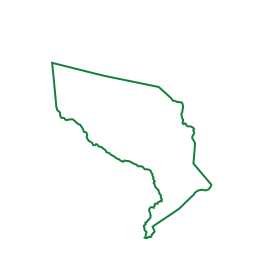 outline of Macururé, Bahia, Brazil, rotated 320°
{"feature_id": "56859067B85314842417377", "entity_name": "Macururé", "entity_type": "district", "adm_level": 2, "iso_a3": "BRA", "parent_name": "Brazil", "parent_adm1": "Bahia", "projection": "robinson", "projection_center": [-38.956, -9.263], "detail": "fine", "context": "isolated", "style": "outline", "palette": "green", "viewbox_px": 256, "rotation_deg": 320, "n_neighbors": 0, "source": "geoboundaries", "source_scale": "gbopen_adm2", "svg_char_len": 4157}
<svg xmlns="http://www.w3.org/2000/svg" viewBox="0 0 256 256"><g transform="rotate(320 128 128)"><path d="M155.4,224.9L155.4,222.8L155.3,197.3L162.0,190.5L165.7,186.8L169.6,182.7L169.9,181.6L170.1,180.7L170.3,179.4L170.4,178.5L170.5,177.8L170.8,176.9L171.4,176.2L172.2,175.7L173.1,175.3L173.7,175.1L174.6,174.9L175.7,174.1L176.1,173.3L176.2,172.5L176.5,171.7L177.2,171.4L177.9,171.4L178.1,170.5L178.0,169.5L177.5,168.1L176.9,167.1L176.2,166.2L175.6,165.8L174.8,165.0L174.5,164.1L174.6,162.8L174.9,161.9L174.7,161.1L173.8,161.0L173.0,160.6L172.7,160.0L173.2,159.1L173.9,158.5L174.6,158.0L175.3,157.6L175.6,156.7L175.8,155.6L176.0,154.8L176.5,153.9L177.2,152.7L177.7,151.8L178.4,151.1L179.2,151.0L180.1,150.5L180.8,149.7L181.3,149.2L182.1,148.7L182.8,148.0L183.6,147.3L184.4,146.5L184.8,145.5L185.3,144.2L185.6,143.2L185.2,142.5L184.5,142.0L184.0,141.1L183.3,140.5L182.6,140.1L182.2,139.1L181.6,137.8L180.9,136.8L180.0,136.1L179.9,134.8L180.1,133.9L180.2,133.0L177.9,116.3L174.3,111.9L173.4,110.6L172.2,109.2L147.3,77.8L146.7,77.0L142.6,71.8L141.9,70.8L136.3,63.2L112.9,30.9L111.8,29.3L103.8,41.0L89.5,61.7L86.4,66.2L86.3,67.0L85.9,67.8L85.3,68.7L85.3,69.5L85.7,70.3L85.8,71.3L85.7,72.8L85.3,73.4L84.7,74.0L84.1,74.9L83.6,76.0L83.4,77.1L84.0,77.8L84.7,78.4L85.5,79.4L85.5,80.4L85.4,81.3L85.8,82.2L86.6,82.8L87.6,83.3L88.7,83.8L89.7,84.6L90.8,85.3L91.3,86.0L91.5,87.3L91.9,88.7L91.8,89.8L91.9,90.8L92.2,91.5L92.4,92.7L92.8,93.8L93.3,94.6L93.3,95.8L93.2,96.8L93.1,97.6L93.1,98.6L92.7,100.1L92.4,100.8L92.2,101.6L91.8,102.7L92.2,103.4L92.9,103.9L93.1,104.9L92.7,106.2L92.4,106.9L91.8,107.5L90.8,108.2L90.1,108.9L90.0,110.0L89.9,111.3L89.7,112.0L89.8,113.1L90.3,114.3L90.7,115.4L90.9,116.7L90.6,117.8L90.4,118.8L90.9,119.5L91.6,119.9L92.9,119.8L93.8,120.6L93.7,121.9L93.7,122.8L93.9,123.5L94.5,124.5L95.0,125.1L95.5,125.7L95.6,126.7L95.8,127.6L96.0,128.9L96.3,129.6L96.4,130.7L96.3,131.7L96.0,132.6L96.4,133.4L96.8,134.0L97.2,134.7L97.6,135.6L97.6,136.5L97.6,137.4L98.4,139.1L98.8,140.0L99.0,140.7L99.2,141.9L99.5,142.7L99.7,143.6L100.1,144.9L100.9,145.7L101.0,146.9L101.2,147.6L101.4,148.4L101.8,149.2L102.3,149.8L102.4,150.7L103.3,150.7L104.4,150.7L104.9,151.4L105.6,152.2L106.6,153.2L107.1,153.7L107.7,154.4L108.1,155.6L108.4,156.5L109.1,157.5L109.4,159.1L110.0,160.0L110.6,161.0L111.1,161.9L111.0,163.0L111.5,164.1L112.2,164.9L113.0,165.1L113.5,166.0L113.9,166.6L114.4,167.3L114.2,168.3L114.3,169.1L114.3,169.9L114.6,170.8L115.4,171.2L116.3,172.1L116.9,172.9L117.2,173.8L117.8,174.8L117.8,175.8L117.4,176.6L117.0,177.5L117.2,178.6L116.6,179.6L116.1,180.2L115.9,181.2L115.7,182.3L115.0,182.8L114.5,183.4L114.4,184.6L114.2,185.4L114.1,186.3L113.4,186.5L112.7,186.4L112.1,187.0L112.2,188.1L111.8,188.9L111.6,189.7L111.1,190.5L111.1,191.8L111.2,193.2L111.2,194.0L111.4,194.8L111.2,195.7L110.5,196.6L110.3,197.9L109.8,198.8L109.9,199.6L110.0,200.4L109.5,201.2L108.9,201.9L108.3,202.6L108.3,203.8L107.9,204.7L107.4,205.2L106.7,205.7L106.2,204.7L105.2,204.8L104.4,204.5L103.4,204.2L102.6,204.6L101.8,205.0L101.3,204.1L100.8,203.7L100.0,203.4L99.1,203.7L98.7,204.6L97.9,204.8L97.1,205.1L96.5,205.6L96.0,204.8L95.4,203.9L94.4,203.4L93.6,203.4L92.6,203.6L91.8,204.3L91.0,204.8L90.8,205.8L90.4,206.8L90.0,207.9L89.5,208.8L89.2,209.5L88.5,209.7L88.0,210.7L87.4,211.3L86.5,211.3L85.5,211.4L84.6,211.6L83.7,211.4L82.7,212.0L81.6,212.1L81.0,211.7L80.2,211.8L79.8,213.0L78.8,213.1L77.6,213.0L77.0,213.3L76.7,214.2L76.4,215.1L75.6,215.9L75.2,216.9L75.1,218.0L75.4,219.0L75.0,220.0L74.0,220.4L73.1,221.1L72.4,221.7L71.9,222.3L71.4,222.8L70.4,222.8L70.9,223.9L71.8,224.5L72.4,224.7L73.1,224.7L73.7,224.5L74.3,225.0L74.6,225.7L75.2,226.1L75.9,226.3L76.6,225.8L77.4,224.9L78.2,225.0L78.9,225.1L79.8,224.6L80.8,224.7L81.7,224.5L82.0,223.8L83.5,219.3L106.1,221.8L108.2,222.0L115.5,222.7L133.1,221.4L133.9,221.4L134.8,221.5L135.5,221.3L136.2,221.1L136.9,220.8L137.8,220.7L138.6,220.6L139.5,220.7L140.6,220.8L141.2,220.9L141.8,221.1L142.7,221.7L143.7,222.0L144.5,222.4L145.5,223.5L146.1,224.2L146.9,225.2L147.6,225.8L148.4,226.3L149.3,226.5L150.1,226.7L151.0,226.7L152.0,226.5L153.0,226.3L153.7,226.1L154.3,225.7L155.4,224.9Z" fill="none" stroke="#15803d" stroke-width="2"/></g></svg>